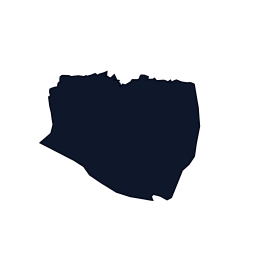 the district of Sanniquellie Mahn, Nimba, Liberia, rotated 53°
{"feature_id": "62588387B26498986950089", "entity_name": "Sanniquellie Mahn", "entity_type": "district", "adm_level": 2, "iso_a3": "LBR", "parent_name": "Liberia", "parent_adm1": "Nimba", "projection": "mercator", "projection_center": [-8.749, 7.383], "detail": "fine", "context": "isolated", "style": "filled", "palette": "ink", "viewbox_px": 256, "rotation_deg": 53, "n_neighbors": 0, "source": "geoboundaries", "source_scale": "gbopen_adm2", "svg_char_len": 1521}
<svg xmlns="http://www.w3.org/2000/svg" viewBox="0 0 256 256"><g transform="rotate(53 128 128)"><path d="M88.0,206.5L104.5,198.5L107.4,197.1L117.0,192.5L120.4,190.8L132.0,186.4L141.3,186.7L142.4,186.7L151.6,183.6L154.7,182.5L156.2,182.0L163.7,179.0L164.6,178.7L172.3,175.7L176.3,172.8L176.9,172.4L183.1,168.0L184.3,167.1L192.8,159.0L198.6,153.6L200.4,151.8L196.7,150.8L195.9,147.7L201.8,143.0L208.7,139.9L209.5,135.2L202.1,122.9L196.0,112.8L194.4,110.2L193.6,101.2L190.5,92.2L186.9,88.5L183.1,84.7L182.4,84.0L180.5,82.0L169.6,69.9L162.5,65.4L153.7,59.7L147.6,56.6L133.0,49.0L132.0,49.3L129.6,50.8L127.3,54.1L123.6,57.7L118.9,60.6L118.1,63.5L118.0,65.7L115.4,65.5L115.4,68.4L113.7,69.3L111.6,70.7L109.8,73.4L107.5,76.9L104.4,77.0L104.1,79.3L102.6,81.0L101.1,83.3L99.2,81.1L95.8,83.3L93.8,85.7L94.2,87.4L95.7,89.0L95.3,91.5L92.1,95.6L92.9,97.9L92.9,98.6L92.2,104.4L89.9,106.0L90.4,109.3L89.6,109.5L89.4,108.5L87.3,107.7L85.5,108.3L84.7,106.7L81.6,109.7L81.7,108.0L77.3,107.0L77.7,110.5L77.7,112.3L74.1,113.6L72.8,115.1L72.6,113.3L70.3,111.1L69.5,114.4L68.0,118.2L67.7,120.8L64.9,121.6L63.8,125.7L63.0,127.6L62.3,129.4L61.0,130.3L60.7,132.3L56.6,136.3L52.8,142.7L51.0,143.6L49.2,145.7L46.5,149.1L46.5,151.4L48.9,153.5L50.1,153.5L50.1,155.6L50.7,157.4L51.7,158.1L52.8,159.6L51.5,162.2L50.7,164.6L50.5,165.0L50.2,167.0L52.3,168.9L55.3,170.1L56.3,172.4L55.8,172.7L63.1,176.9L70.0,180.0L75.1,182.9L80.4,185.7L86.0,192.7L86.6,200.4L86.9,206.4L87.0,207.0L88.0,206.5Z" fill="#0f172a" stroke="#020617" stroke-width="1.5"/></g></svg>